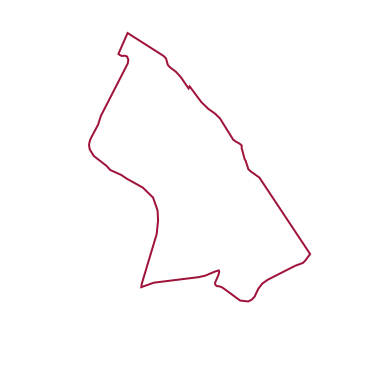 SVG path tracing the border of Yogyakarta, rotated 209°
{"feature_id": "IDN-540", "entity_name": "Yogyakarta", "entity_type": "Special region", "adm_level": 1, "iso_a3": "IDN", "parent_name": "Indonesia", "parent_adm1": "", "projection": "albers", "projection_center": [110.472, -7.88], "detail": "fine", "context": "isolated", "style": "outline", "palette": "rose", "viewbox_px": 384, "rotation_deg": 209, "n_neighbors": 0, "source": "natural_earth", "source_scale": "10m", "svg_char_len": 1051}
<svg xmlns="http://www.w3.org/2000/svg" viewBox="0 0 384 384"><g transform="rotate(209 192 192)"><path d="M325.4,299.8L282.7,297.2L279.5,296.2L274.7,291.4L271.4,290.3L264.5,289.4L257.4,287.0L245.2,280.9L245.2,283.2L227.3,275.1L218.0,272.6L209.7,271.7L203.2,269.9L181.3,257.7L177.9,257.3L174.1,257.4L171.1,256.8L169.9,254.5L161.8,246.2L160.2,245.3L153.8,239.3L150.7,238.5L140.1,237.3L58.6,195.0L58.6,194.9L59.7,186.8L60.7,183.6L66.0,177.5L83.2,152.0L86.1,146.1L87.1,139.5L86.5,130.7L87.6,126.7L89.8,123.5L97.3,120.4L117.5,123.0L120.4,123.1L122.5,122.7L124.4,121.8L126.3,122.0L127.8,123.6L128.7,132.5L129.5,135.4L130.6,136.4L133.4,133.5L140.0,125.1L144.7,120.9L181.4,94.2L190.2,84.2L191.4,87.2L202.5,138.1L207.8,150.5L213.2,159.2L223.3,168.2L237.2,172.0L255.4,172.0L262.2,172.6L274.1,171.6L279.4,173.4L295.4,175.9L302.0,179.6L304.8,183.1L305.9,186.1L306.5,189.7L306.8,205.4L308.6,214.4L310.5,273.2L311.7,276.7L314.5,279.0L316.9,278.6L319.2,277.0L321.4,276.8L323.3,277.1L325.4,299.8L325.4,299.8Z" fill="none" stroke="#9f1239" stroke-width="2"/></g></svg>